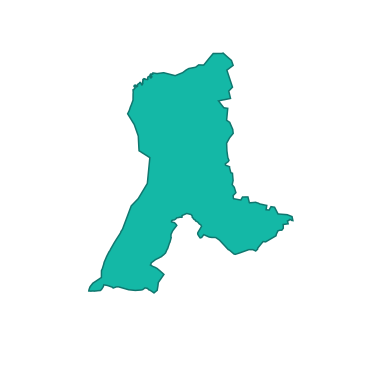 the district of Nangere, Yobe, Nigeria, rotated 29°
{"feature_id": "59680162B90533313280833", "entity_name": "Nangere", "entity_type": "district", "adm_level": 2, "iso_a3": "NGA", "parent_name": "Nigeria", "parent_adm1": "Yobe", "projection": "mercator", "projection_center": [10.961, 11.807], "detail": "fine", "context": "isolated", "style": "filled", "palette": "teal", "viewbox_px": 384, "rotation_deg": 29, "n_neighbors": 0, "source": "geoboundaries", "source_scale": "gbopen_adm2", "svg_char_len": 4575}
<svg xmlns="http://www.w3.org/2000/svg" viewBox="0 0 384 384"><g transform="rotate(29 192 192)"><path d="M166.6,61.3L162.7,57.8L157.9,56.8L155.3,56.2L151.8,55.4L151.2,56.2L143.4,60.6L142.1,67.3L140.7,75.3L136.2,77.6L134.7,81.1L129.3,85.6L127.7,88.2L126.0,92.1L120.9,98.4L109.4,101.4L104.0,105.4L100.1,106.8L100.0,107.0L100.0,107.3L100.1,107.6L100.4,107.8L100.5,108.0L100.3,108.2L100.0,108.3L99.6,108.3L99.3,108.5L99.0,108.6L98.7,108.8L98.6,109.0L98.5,109.4L99.0,109.5L99.4,109.6L99.8,109.9L100.0,110.1L100.2,110.3L100.4,110.3L100.6,110.3L100.8,110.4L101.0,110.6L101.1,110.8L101.1,111.0L100.9,111.4L100.8,111.6L100.9,112.0L100.7,112.2L100.2,112.2L99.9,111.7L99.7,111.2L99.6,110.9L99.5,110.7L99.2,110.7L98.9,110.7L98.7,110.8L98.6,111.3L98.5,111.7L98.4,112.0L98.2,112.1L97.9,112.2L97.8,112.5L97.8,113.0L97.9,113.5L98.0,113.9L98.2,114.1L98.4,114.3L98.4,114.5L98.6,114.7L98.7,114.9L98.6,115.1L98.4,115.4L97.8,115.5L97.2,115.8L96.8,116.1L96.5,116.1L96.4,115.9L95.9,115.8L95.0,116.2L95.0,116.5L95.1,116.8L94.8,117.0L94.5,117.3L94.5,117.5L94.7,117.8L95.1,118.1L95.4,118.3L95.1,118.8L95.3,119.3L95.6,119.7L95.9,120.2L96.1,120.6L96.4,121.0L96.3,121.6L96.5,122.0L96.5,122.4L96.3,122.6L95.9,122.7L95.5,122.4L95.2,122.0L94.9,121.6L94.5,121.4L94.1,121.4L93.8,121.2L93.4,121.3L93.2,121.7L93.4,122.2L93.2,122.5L92.6,123.5L92.3,124.4L92.3,124.7L92.6,125.1L93.0,125.6L93.1,126.0L92.6,126.9L92.1,126.7L91.7,126.7L91.6,126.4L91.6,126.1L91.3,125.9L90.9,125.9L90.7,125.9L90.4,126.2L90.0,126.5L89.9,126.8L89.9,127.3L90.0,127.6L90.2,127.9L90.7,128.0L91.3,127.9L91.5,128.3L91.8,128.7L91.7,129.2L91.4,129.8L91.5,130.3L91.5,130.7L90.9,131.1L91.3,131.9L92.2,133.2L93.0,134.9L95.9,140.3L96.7,145.4L96.9,147.5L97.5,150.4L97.5,150.7L97.6,151.0L97.7,152.6L97.8,154.8L108.8,161.0L117.9,169.1L120.3,173.0L124.1,179.1L125.7,181.6L138.5,182.4L139.7,185.2L147.2,202.5L148.8,206.2L148.2,223.8L145.6,233.6L149.2,257.9L149.2,259.5L149.0,260.9L149.3,262.2L149.2,264.4L148.8,270.2L148.6,274.2L148.5,281.8L148.7,282.8L148.4,284.4L148.5,287.1L148.6,289.8L148.8,291.5L149.0,293.5L149.2,295.7L149.2,295.9L149.8,298.0L150.2,299.9L150.8,302.7L150.9,304.6L154.2,310.7L149.5,319.8L148.8,324.1L148.8,324.5L149.0,325.8L149.3,327.4L149.7,328.6L151.5,327.8L153.3,326.6L154.5,326.1L156.4,324.8L157.6,323.9L159.6,322.6L160.1,321.2L160.3,317.8L159.9,315.9L161.8,315.3L162.9,314.9L164.2,314.6L168.5,313.9L169.6,314.2L171.9,311.6L173.6,310.6L184.0,308.2L190.1,305.6L195.0,302.4L196.2,301.3L197.4,298.6L198.3,298.4L199.0,298.1L199.3,298.0L199.8,297.9L201.7,298.5L202.1,298.4L202.4,298.3L203.4,298.3L205.0,298.4L207.7,298.7L209.2,294.8L207.7,290.6L206.4,287.5L207.4,277.7L201.4,276.3L200.5,276.2L198.7,275.8L196.1,275.8L194.0,276.1L191.0,276.0L191.1,274.8L190.6,273.9L192.9,268.7L195.3,265.3L195.3,265.1L196.7,263.2L197.1,261.6L197.5,261.1L198.4,258.1L198.0,254.2L198.2,253.6L197.0,247.3L197.1,246.9L195.9,241.9L195.5,241.7L194.2,239.3L193.9,235.2L194.9,228.6L193.9,228.1L192.3,227.5L191.2,227.4L189.5,227.9L188.5,228.0L188.1,226.8L189.0,225.7L190.1,224.9L190.8,223.6L191.2,222.0L192.5,221.0L192.8,220.7L193.1,220.5L193.1,220.4L193.2,220.2L193.5,219.9L194.0,219.7L195.0,219.3L195.3,219.0L195.5,218.8L194.7,217.4L197.8,213.3L201.9,212.2L203.5,212.6L204.6,214.1L205.8,214.3L206.4,214.8L207.4,215.0L208.3,214.9L209.2,215.6L210.0,215.4L212.0,215.6L213.9,216.4L215.5,216.4L217.0,217.4L216.8,224.6L217.0,225.4L217.3,225.8L217.7,226.3L218.2,226.6L219.9,227.5L221.4,228.2L222.5,227.1L223.0,223.6L228.8,223.1L231.0,222.3L232.4,221.6L233.8,220.8L235.0,220.3L238.6,220.7L239.2,220.7L251.6,224.8L253.1,224.7L258.8,225.9L260.1,225.5L263.3,222.1L269.7,214.8L273.2,212.9L276.3,212.7L277.1,210.3L276.7,209.0L277.6,204.1L278.2,200.9L280.6,199.9L283.9,194.3L285.5,191.6L286.7,189.6L286.2,187.8L286.1,185.9L286.0,184.3L287.3,182.9L289.1,181.8L289.4,179.4L287.5,176.2L291.5,173.2L289.5,171.1L290.6,169.8L290.5,168.8L291.8,168.3L292.7,168.6L294.1,168.1L291.4,165.0L286.2,165.7L277.9,169.5L271.6,165.3L268.2,166.5L268.2,170.4L265.4,171.6L263.9,167.5L262.1,168.1L259.6,168.8L257.1,169.6L255.4,169.6L253.8,170.0L252.7,170.1L250.8,171.4L247.5,173.6L247.3,173.5L243.3,169.2L238.6,171.9L238.6,175.4L231.6,177.7L231.4,177.6L229.7,175.2L230.7,171.3L226.7,167.4L223.6,166.1L222.4,162.1L218.3,156.0L216.6,156.3L213.2,152.7L212.6,151.7L208.3,152.3L207.5,151.2L209.0,147.8L209.0,146.4L206.7,144.6L202.6,139.1L198.6,132.5L198.6,126.3L199.6,120.7L199.2,120.2L197.3,117.5L191.2,112.8L187.5,112.5L182.7,101.5L179.0,102.9L171.0,99.5L174.6,96.3L175.4,95.7L180.3,91.5L175.2,85.9L176.6,80.7L163.4,68.5L166.6,61.3Z" fill="#14b8a6" stroke="#0f766e" stroke-width="1.5"/></g></svg>